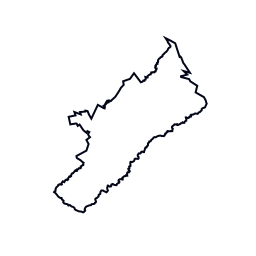 outline of Mhondoro-Ngezi, Mashonaland West, Zimbabwe, rotated 299°
{"feature_id": "62879985B70697135902781", "entity_name": "Mhondoro-Ngezi", "entity_type": "district", "adm_level": 2, "iso_a3": "ZWE", "parent_name": "Zimbabwe", "parent_adm1": "Mashonaland West", "projection": "mercator", "projection_center": [30.094, -18.569], "detail": "fine", "context": "isolated", "style": "outline", "palette": "ink", "viewbox_px": 256, "rotation_deg": 299, "n_neighbors": 0, "source": "geoboundaries", "source_scale": "gbopen_adm2", "svg_char_len": 5782}
<svg xmlns="http://www.w3.org/2000/svg" viewBox="0 0 256 256"><g transform="rotate(299 128 128)"><path d="M109.0,70.7L103.2,75.8L106.7,80.3L106.9,81.1L105.5,83.0L107.5,84.0L104.4,90.1L103.7,93.9L105.6,94.0L105.7,96.1L103.2,96.0L102.1,97.7L101.6,99.2L97.4,97.4L94.9,101.3L88.0,102.6L78.5,96.5L77.4,97.3L76.9,98.1L76.8,102.1L76.3,103.9L76.1,106.0L75.0,106.2L74.5,106.6L73.9,106.8L73.7,106.3L72.1,105.8L71.5,105.3L70.9,105.8L70.3,106.1L69.8,106.0L69.2,104.7L68.9,104.5L67.9,104.6L67.1,103.4L66.8,103.4L66.4,103.9L65.7,104.1L65.2,103.4L65.7,103.0L65.7,102.7L65.2,102.4L61.9,101.9L61.7,101.5L61.3,101.2L60.8,101.2L60.6,101.0L59.7,101.0L58.8,101.2L58.5,101.6L58.3,101.6L57.9,101.2L57.6,101.2L57.4,100.7L57.2,100.7L57.2,100.2L54.0,99.9L54.0,100.6L53.8,100.6L53.1,99.9L52.9,99.9L52.9,99.0L52.7,98.8L52.3,98.8L51.8,98.5L49.8,98.5L49.8,97.1L49.6,97.1L49.6,96.9L48.9,96.9L48.7,96.7L47.1,96.6L46.6,97.5L46.4,97.5L46.2,97.1L46.2,96.4L45.7,96.1L45.7,95.5L45.5,95.2L44.4,95.0L44.0,94.6L43.7,94.8L42.6,94.6L41.7,94.2L40.1,94.1L39.6,94.2L39.1,94.6L38.5,94.7L37.7,95.1L37.0,94.5L36.1,94.4L35.9,96.2L34.1,100.6L34.0,102.7L34.6,103.7L34.5,104.1L33.9,104.2L33.4,105.0L33.3,106.5L33.2,106.9L32.9,107.1L31.8,107.2L31.1,108.7L31.3,109.9L31.9,111.6L32.0,112.5L31.3,113.4L31.5,113.7L32.4,114.4L32.4,115.0L32.0,116.3L32.4,118.7L32.1,119.9L31.0,121.1L31.0,122.3L31.3,125.4L32.4,128.1L32.3,128.9L32.5,129.7L33.0,130.1L34.1,130.2L34.4,130.5L34.7,130.5L35.2,130.5L35.8,129.6L36.7,129.3L38.0,129.3L39.2,129.7L41.6,131.7L42.6,133.0L43.8,133.2L44.7,134.5L45.4,135.3L46.0,135.5L46.6,135.3L47.4,135.9L48.2,135.6L49.7,134.0L50.1,133.8L50.7,133.9L51.9,134.8L54.1,135.4L54.4,135.3L55.0,134.8L55.5,134.8L56.8,135.7L58.8,134.9L60.4,135.0L61.2,136.3L61.1,138.1L61.3,138.8L61.3,140.3L62.4,140.7L63.6,140.7L64.6,139.4L65.6,138.8L67.8,138.2L68.0,138.3L67.7,139.6L67.8,140.1L68.5,140.7L68.5,141.3L69.6,141.4L70.1,141.0L70.5,140.9L71.5,141.6L71.7,142.2L71.5,143.3L71.8,144.0L72.1,145.1L72.4,145.6L73.8,145.5L75.1,146.2L75.7,146.7L76.2,146.8L76.8,146.5L77.1,145.3L78.2,145.1L78.9,145.4L79.5,146.1L80.0,147.0L80.1,147.8L80.3,148.3L80.8,148.2L81.2,147.4L81.8,147.1L82.4,147.4L82.7,147.7L84.1,148.1L84.8,149.2L85.2,149.0L85.7,149.1L86.0,150.4L88.0,149.1L88.9,149.0L89.3,149.3L89.5,150.1L89.7,150.3L91.1,150.5L91.4,150.1L91.5,149.0L92.4,148.0L92.6,148.0L93.2,148.8L93.7,148.7L94.8,147.7L95.1,147.8L96.0,148.6L98.3,147.1L99.2,147.0L99.4,146.6L99.5,146.6L99.8,146.8L100.2,148.1L101.5,149.0L102.2,149.3L104.0,148.9L104.6,149.1L105.4,150.6L105.8,151.7L106.1,152.0L106.9,151.9L107.8,151.3L108.1,150.3L108.7,149.8L109.6,149.5L111.1,149.8L111.5,150.9L111.9,151.3L112.2,151.3L113.0,151.1L113.9,151.4L114.3,152.1L114.2,152.9L114.7,153.7L115.9,153.3L116.7,153.3L118.0,152.9L118.5,153.0L119.2,152.7L119.6,152.9L120.0,153.6L120.5,153.6L120.8,153.3L121.2,153.3L122.4,153.9L124.3,152.9L125.5,153.4L126.5,153.1L127.2,154.1L127.6,154.2L128.8,154.1L130.9,155.0L132.1,155.0L133.0,155.8L133.1,156.4L133.9,157.1L134.6,157.4L136.0,158.6L136.8,159.6L137.1,160.1L137.3,161.3L138.3,163.3L139.0,163.6L139.4,163.4L139.7,163.4L140.5,163.8L140.8,163.7L141.0,163.3L141.3,163.3L142.1,163.8L142.9,164.1L143.1,163.9L143.7,164.4L144.4,164.0L144.6,164.1L145.1,165.7L145.8,166.5L145.9,167.1L146.7,167.6L146.8,168.1L147.4,167.8L147.7,167.9L149.2,167.4L149.3,166.7L149.9,166.1L150.3,165.9L151.4,166.1L152.8,166.8L153.5,166.8L154.0,167.2L154.3,168.4L155.2,169.0L155.2,169.3L154.5,169.5L154.6,170.0L155.4,170.7L156.9,171.7L157.6,171.8L157.9,172.3L158.4,172.8L159.4,172.9L159.6,173.7L159.5,174.4L159.7,174.7L160.0,174.8L160.4,174.6L161.4,174.6L162.6,175.4L163.1,175.0L164.4,174.8L164.8,173.8L165.3,173.4L165.5,173.7L165.7,175.4L166.0,175.9L167.1,176.6L167.5,176.2L168.1,176.4L168.6,177.0L168.7,177.5L169.2,177.4L169.8,176.6L170.1,176.7L171.4,178.5L173.1,179.6L173.6,180.3L173.9,181.7L174.3,182.1L175.8,182.3L176.9,183.2L177.8,183.3L178.9,183.8L179.3,183.8L180.3,183.3L181.2,183.5L182.4,184.4L182.7,184.9L183.4,185.3L187.5,185.0L188.5,183.8L189.7,182.7L191.8,179.5L191.9,169.9L198.5,168.1L199.0,159.9L200.4,157.7L198.3,149.8L199.0,149.3L203.4,153.9L204.8,149.1L206.3,155.4L211.0,146.5L211.6,145.0L215.5,140.3L215.5,139.5L215.8,139.3L215.9,138.9L215.3,139.2L215.1,138.8L225.0,128.2L225.0,121.8L224.8,117.3L223.0,120.8L222.1,121.5L221.9,122.3L220.4,125.3L219.8,125.7L218.7,125.5L217.9,124.9L216.4,124.7L215.2,124.9L213.0,124.5L212.3,124.0L210.5,123.5L210.0,123.5L208.6,122.9L208.1,122.9L207.4,123.4L206.4,122.9L205.7,122.2L205.0,122.2L203.4,121.5L201.9,121.4L200.7,121.9L200.5,122.3L199.8,122.3L199.1,121.8L198.8,121.9L198.8,122.4L198.4,122.7L197.8,122.1L197.2,121.9L196.8,121.9L196.4,122.1L196.1,121.9L195.9,122.4L195.6,122.5L194.6,122.2L194.1,122.3L193.9,122.5L193.9,123.1L193.6,123.4L193.8,124.0L193.5,124.0L193.4,124.4L193.0,124.5L191.5,124.2L191.0,124.7L190.7,124.7L190.1,124.1L189.3,123.9L189.2,123.1L187.9,121.5L187.5,122.0L186.9,121.8L186.5,121.5L185.9,121.7L185.8,121.4L185.0,121.0L184.3,120.5L182.7,119.9L182.2,120.0L181.7,120.6L181.1,120.0L181.1,118.9L181.0,118.5L180.1,119.3L178.9,119.9L178.2,119.4L177.3,119.5L177.1,118.6L177.0,118.4L175.6,118.3L174.2,117.0L178.8,106.7L171.9,105.9L166.5,101.1L163.7,103.3L159.6,102.3L156.3,102.3L149.2,101.8L143.8,100.0L143.4,100.0L143.1,99.5L142.9,97.9L142.3,97.8L142.3,98.1L142.0,98.2L141.9,98.0L141.9,97.6L141.4,97.6L141.6,97.3L141.5,97.0L141.9,97.0L141.8,96.6L141.5,96.6L141.4,96.9L140.5,96.4L139.5,96.5L139.7,97.2L139.2,96.7L138.9,97.0L138.5,96.6L138.2,96.6L138.4,97.1L138.2,97.1L137.5,96.3L137.2,96.3L136.6,96.5L136.3,97.0L135.8,96.9L135.6,97.0L135.4,96.8L135.6,96.3L135.5,96.1L134.9,96.9L134.5,97.0L134.9,97.4L134.9,97.7L133.8,98.0L133.6,97.0L133.6,90.4L118.4,91.4L120.8,87.4L123.2,84.4L122.5,82.3L121.7,82.7L118.7,78.3L117.0,80.1L116.0,73.4L113.6,76.0L109.0,70.7Z" fill="none" stroke="#020617" stroke-width="2"/></g></svg>